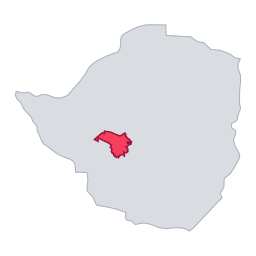 Bubi, Matabeleland North, Zimbabwe (highlighted)
{"feature_id": "62879985B291328644758", "entity_name": "Bubi", "entity_type": "district", "adm_level": 2, "iso_a3": "ZWE", "parent_name": "Zimbabwe", "parent_adm1": "Matabeleland North", "projection": "orthographic", "projection_center": [28.902, -19.567], "detail": "fine", "context": "in_parent", "style": "filled", "palette": "rose", "viewbox_px": 256, "rotation_deg": 0, "n_neighbors": 0, "source": "geoboundaries", "source_scale": "gbopen_adm2", "svg_char_len": 4405}
<svg xmlns="http://www.w3.org/2000/svg" viewBox="0 0 256 256"><path d="M189.3,231.2L186.8,229.4L183.3,228.3L178.9,227.7L173.1,227.8L166.0,228.7L158.4,227.5L150.3,224.2L143.5,223.0L135.5,224.4L135.1,224.4L133.7,223.3L131.5,220.9L127.8,220.5L126.8,219.9L126.0,219.0L125.5,217.9L125.3,216.7L125.9,212.7L125.5,212.3L124.6,211.8L122.5,211.4L117.7,209.6L111.6,207.9L101.6,206.0L97.7,205.5L96.8,205.0L95.7,203.5L93.8,199.0L92.0,196.1L87.7,191.5L87.0,190.1L87.1,186.4L87.4,183.5L87.9,181.0L87.7,178.7L87.6,175.8L87.7,173.8L87.1,173.0L85.5,172.4L81.1,172.2L75.7,172.3L75.5,169.4L75.0,164.8L73.9,162.2L72.7,160.8L70.2,159.4L65.1,157.5L58.3,154.6L52.4,150.3L45.6,145.0L43.5,144.0L40.9,138.9L37.0,130.2L37.2,127.3L36.6,125.9L32.9,121.6L32.0,119.4L31.3,117.1L25.3,110.9L23.3,108.2L21.7,104.7L20.1,101.9L18.8,100.8L17.1,98.9L15.9,96.7L15.4,95.1L15.8,92.9L16.3,91.3L21.9,92.8L25.0,92.9L27.4,92.0L30.3,93.0L33.9,95.8L37.8,96.3L41.9,94.5L47.5,94.9L54.6,97.6L60.5,98.1L67.5,95.5L73.6,88.4L79.5,81.8L85.2,74.1L88.6,68.0L93.7,62.9L100.5,59.0L107.4,55.8L117.9,51.8L120.0,48.5L120.7,44.9L120.7,39.9L121.3,36.7L122.4,35.2L124.1,34.0L126.4,32.5L133.4,28.8L139.2,26.4L146.3,24.8L154.1,24.8L161.7,24.9L165.9,24.9L165.9,29.7L166.2,35.1L167.1,35.6L172.7,35.8L181.7,36.3L190.5,36.7L196.0,40.7L197.8,41.6L203.6,42.7L210.9,49.4L219.7,50.2L225.8,52.3L231.1,54.7L234.2,57.4L236.1,58.1L238.8,58.4L240.1,58.6L239.8,60.6L238.0,63.8L238.1,68.5L240.4,75.1L240.6,80.8L239.7,90.7L239.5,100.4L239.7,103.9L240.0,106.2L240.5,107.4L240.4,108.9L238.8,112.9L237.6,117.1L237.5,118.9L237.0,120.1L236.1,121.1L232.2,123.0L231.6,124.2L231.5,126.4L232.0,128.3L233.4,129.0L235.1,130.1L235.7,131.5L235.7,133.0L235.1,135.7L233.5,140.1L234.9,145.3L236.5,148.7L238.8,152.6L239.7,155.1L239.6,156.8L239.2,158.4L235.5,165.4L232.9,169.8L229.7,174.4L225.5,177.3L224.5,178.7L224.0,180.3L224.1,183.8L223.8,187.5L220.2,193.2L222.2,198.1L221.7,198.5L220.5,199.2L215.4,204.6L210.3,210.1L206.5,214.1L202.2,218.6L197.4,223.8L193.3,228.1L189.3,231.2Z" fill="#d9dde1" stroke="#a8b0b8" stroke-width="1"/><path d="M108.6,131.8L105.9,131.4L104.5,131.1L104.3,132.4L104.3,133.3L104.3,133.7L103.5,133.6L103.5,133.3L103.5,133.2L102.2,132.8L100.4,134.3L100.1,134.6L99.9,134.8L98.7,135.8L98.0,136.4L97.1,137.1L96.0,138.1L94.4,139.5L95.1,139.9L96.0,140.3L97.5,141.0L98.0,141.3L98.1,138.5L98.2,138.0L99.5,138.6L100.2,139.0L101.8,139.7L102.1,139.9L102.8,140.3L103.3,140.5L104.4,141.0L105.1,141.3L105.6,141.6L106.6,142.0L107.6,142.5L108.3,142.9L109.0,143.4L110.4,144.4L111.5,145.0L111.1,145.7L110.5,146.7L110.3,147.0L110.3,147.3L110.4,147.5L110.5,147.7L111.6,148.8L112.0,149.1L111.3,151.5L111.9,152.4L112.4,152.4L112.5,152.9L112.8,152.9L113.0,153.1L112.9,153.2L113.0,153.2L113.2,153.5L113.3,153.5L113.2,153.7L113.3,153.9L113.6,153.8L113.7,154.0L113.7,154.4L113.9,154.4L113.9,154.5L114.0,154.5L113.8,154.6L113.7,154.7L113.7,154.8L114.0,154.8L114.1,155.1L114.1,155.3L114.4,155.2L114.6,155.2L114.6,155.3L114.5,155.5L114.4,155.5L114.7,155.9L114.8,155.9L115.0,156.4L115.4,156.1L116.3,157.5L116.8,157.3L116.9,157.1L117.1,156.9L117.5,156.8L117.5,156.7L117.8,156.7L118.2,157.1L118.5,157.5L118.8,156.7L119.5,156.5L119.7,155.3L121.2,154.9L123.5,154.5L124.3,156.2L124.5,156.0L124.5,155.9L124.4,155.0L123.9,153.4L123.6,152.1L124.8,152.5L126.1,153.0L126.9,152.3L127.7,151.8L127.3,151.6L127.8,150.6L127.8,148.6L126.1,147.0L126.8,147.0L128.2,145.3L130.5,144.2L128.5,143.3L127.6,143.3L127.3,142.8L127.2,142.5L127.5,142.4L127.7,142.2L127.8,142.0L129.8,142.2L131.1,143.2L131.6,141.7L131.4,141.6L131.2,141.6L131.1,141.4L130.9,141.2L130.7,141.1L130.5,140.9L130.4,140.8L130.4,140.7L130.2,140.5L130.2,140.4L129.9,140.2L129.7,140.0L129.6,139.9L129.5,139.7L129.4,139.6L129.4,139.4L129.3,139.2L129.2,139.2L128.9,139.0L128.7,138.9L128.4,138.9L128.2,138.8L128.1,138.7L127.9,138.5L127.7,138.5L127.5,138.4L127.4,138.2L127.3,137.9L127.2,137.8L127.0,137.7L126.9,137.6L126.9,137.4L126.7,137.2L126.5,136.9L126.4,136.8L126.4,136.7L126.2,136.5L125.9,136.5L125.8,136.4L125.8,136.2L125.7,136.0L125.5,135.9L125.4,135.7L125.5,135.4L125.4,135.3L125.4,135.2L125.4,134.9L125.6,134.6L125.8,134.5L125.8,134.4L125.7,134.2L125.5,133.8L125.4,133.8L125.3,133.7L125.3,133.4L124.9,133.0L123.7,133.8L122.9,134.2L122.4,134.6L122.1,134.8L120.1,136.0L119.2,135.7L117.7,135.1L116.4,134.6L115.3,134.2L114.7,133.9L113.8,133.6L112.5,132.9L111.7,132.6L111.1,132.3L110.4,132.2L108.6,131.8Z" fill="#f43f5e" stroke="#9f1239" stroke-width="1.5"/></svg>